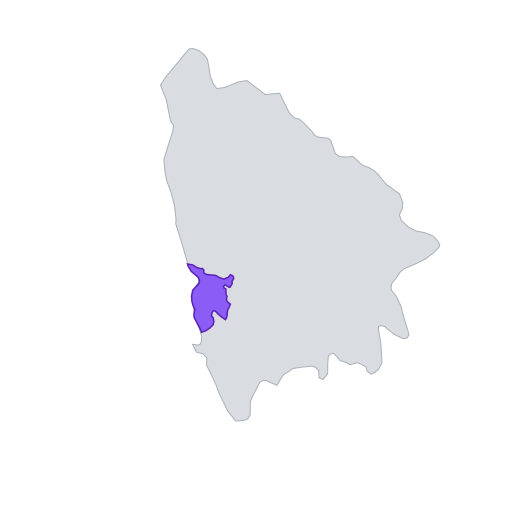 location of West Herzegovina within Bosnia and Herzegovina, rotated 32°
{"feature_id": "BIH-2227", "entity_name": "West Herzegovina", "entity_type": "Canton", "adm_level": 1, "iso_a3": "BIH", "parent_name": "Bosnia and Herzegovina", "parent_adm1": "", "projection": "robinson", "projection_center": [17.518, 43.363], "detail": "fine", "context": "in_parent", "style": "filled", "palette": "violet", "viewbox_px": 512, "rotation_deg": 32, "n_neighbors": 0, "source": "natural_earth", "source_scale": "10m", "svg_char_len": 3177}
<svg xmlns="http://www.w3.org/2000/svg" viewBox="0 0 512 512"><g transform="rotate(32 256 256)"><path d="M405.8,148.9L406.5,151.4L404.6,160.1L400.9,169.4L394.8,179.1L388.5,188.2L386.8,193.0L386.5,200.7L385.7,206.8L386.6,210.1L388.7,213.1L395.9,215.6L405.5,221.7L413.7,229.6L424.2,238.6L427.5,241.9L427.6,245.5L424.5,248.1L415.6,249.2L406.3,248.4L402.7,247.5L399.4,248.6L397.3,250.6L398.4,253.0L408.1,263.9L419.3,279.6L420.0,286.4L418.7,291.6L416.2,295.3L411.5,294.7L408.0,291.8L402.7,292.0L398.5,292.8L393.2,298.5L390.5,298.3L385.9,299.1L382.9,300.2L378.3,298.6L373.4,297.5L371.3,299.2L370.4,302.6L373.5,308.6L379.2,318.0L378.3,325.2L374.0,326.0L370.0,320.0L366.5,319.1L362.5,319.3L353.4,326.2L346.7,332.1L345.2,336.2L342.8,340.6L342.1,343.9L342.3,354.6L330.2,356.4L327.6,357.9L326.2,361.2L327.3,375.0L328.3,382.4L335.3,393.9L335.5,397.5L334.6,399.9L329.6,404.4L327.3,406.0L325.7,406.6L317.6,403.6L313.8,402.2L297.5,392.0L290.3,386.4L279.0,379.1L272.0,374.9L268.5,368.6L262.9,367.1L256.4,369.1L249.0,364.5L254.2,362.2L255.5,359.9L254.9,357.0L252.6,353.0L232.6,335.6L222.8,323.8L221.2,319.5L221.1,308.2L218.8,305.5L204.1,300.4L187.8,285.7L171.0,271.3L168.7,267.2L160.0,256.3L149.5,246.4L141.1,240.1L134.2,232.9L126.6,222.8L122.7,207.6L119.3,194.1L116.9,188.9L112.1,187.0L97.1,171.0L84.4,161.7L84.6,151.7L86.9,134.9L89.4,116.1L92.5,113.5L98.3,112.1L105.0,112.6L110.7,115.0L122.1,127.8L128.6,132.8L134.1,134.8L140.5,129.3L148.5,118.0L155.3,112.0L178.4,114.2L189.8,105.4L208.1,116.9L215.7,118.6L219.9,117.0L225.7,117.8L238.6,121.1L241.6,122.5L245.5,122.3L255.0,117.8L258.2,118.4L269.1,127.2L274.6,127.3L281.2,123.5L285.4,120.2L297.9,122.6L305.1,121.2L311.1,121.0L317.5,122.5L323.4,124.6L329.1,126.3L344.6,127.2L352.1,132.8L355.1,138.3L355.2,141.6L355.9,145.2L360.2,148.7L369.5,150.7L375.4,150.2L378.5,150.0L386.4,146.9L395.8,145.2L402.5,147.1L405.8,148.9Z" fill="#d9dde1" stroke="#a8b0b8" stroke-width="1"/><path d="M236.9,341.3L236.1,340.8L234.8,339.3L233.7,337.2L233.0,334.9L232.4,333.7L231.4,332.9L229.6,331.9L226.0,328.8L222.5,324.0L220.5,318.5L222.2,309.2L220.8,306.3L218.0,304.6L209.3,303.4L204.1,300.7L202.1,299.1L206.2,297.4L207.1,297.1L211.7,297.1L215.7,296.1L217.2,295.0L219.3,295.6L219.9,296.9L220.9,298.0L223.3,298.0L226.5,296.6L228.7,295.5L231.6,294.0L233.6,293.7L236.1,293.7L239.2,293.1L241.2,292.5L242.4,290.5L243.7,289.0L244.1,286.6L244.1,285.5L244.6,285.4L245.6,285.2L247.6,285.3L248.4,286.2L249.1,287.2L249.1,289.3L249.1,290.3L249.9,291.3L250.5,292.2L250.5,294.4L250.5,296.2L250.2,296.4L249.9,296.8L248.6,296.8L246.7,296.8L245.6,296.8L245.0,297.1L244.8,297.2L244.7,298.7L244.7,299.4L245.9,300.0L246.0,300.0L246.5,300.0L247.9,299.9L249.2,301.8L250.8,304.4L252.9,305.6L253.3,307.1L254.3,309.0L254.5,309.0L256.0,309.9L259.8,310.4L260.1,312.3L260.4,313.9L260.5,314.4L260.6,316.6L260.6,316.9L261.7,319.3L262.5,320.8L262.7,321.2L262.9,321.5L263.8,324.0L263.8,326.2L263.5,326.2L258.4,325.9L255.9,325.5L254.1,325.3L252.0,324.5L249.9,324.4L248.9,325.3L248.7,327.2L249.0,327.9L249.9,330.4L250.1,330.5L252.2,330.9L254.9,333.7L255.0,334.1L256.1,336.9L255.1,341.3L253.0,346.0L250.1,349.6L249.2,348.6L236.9,341.3Z" fill="#8b5cf6" stroke="#5b21b6" stroke-width="1.5"/></g></svg>